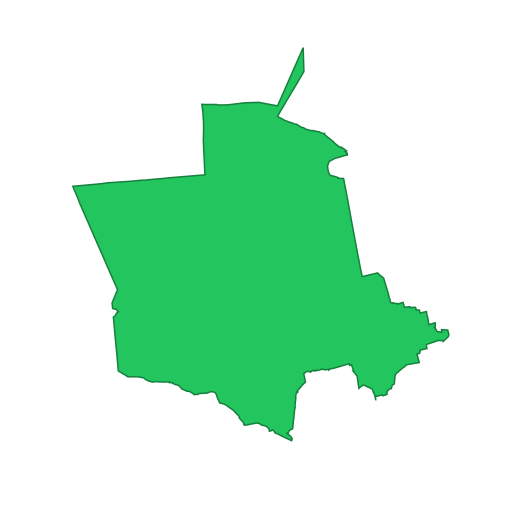 outline of Villa González Ortega, Zacatecas, Mexico, rotated 254°
{"feature_id": "50627088B17706394506285", "entity_name": "Villa González Ortega", "entity_type": "district", "adm_level": 2, "iso_a3": "MEX", "parent_name": "Mexico", "parent_adm1": "Zacatecas", "projection": "mercator", "projection_center": [-101.992, 22.544], "detail": "fine", "context": "isolated", "style": "filled", "palette": "green", "viewbox_px": 512, "rotation_deg": 254, "n_neighbors": 0, "source": "geoboundaries", "source_scale": "gbopen_adm2", "svg_char_len": 5992}
<svg xmlns="http://www.w3.org/2000/svg" viewBox="0 0 512 512"><g transform="rotate(254 256 256)"><path d="M250.7,104.8L249.8,104.5L248.8,104.4L247.0,104.1L245.0,103.7L244.4,104.9L243.7,105.9L243.3,107.3L242.0,107.3L240.4,108.3L240.0,107.7L239.9,107.0L239.2,105.7L238.1,104.9L237.2,104.0L236.7,102.1L234.2,101.6L212.3,97.4L201.1,95.4L183.9,92.0L183.1,92.2L180.9,94.4L179.2,95.8L177.9,97.3L176.5,98.4L175.3,99.4L174.3,102.4L173.8,104.7L172.9,107.3L172.1,110.2L171.3,111.4L169.8,114.5L167.6,115.9L166.2,117.5L165.0,119.0L163.7,121.0L163.0,123.1L162.8,125.2L162.3,126.7L161.7,128.0L161.2,130.0L160.3,132.3L159.6,135.1L159.0,138.0L158.1,137.8L157.3,140.9L156.5,140.7L155.9,141.9L155.3,142.2L154.3,143.6L153.6,145.2L151.9,146.5L149.6,147.8L148.9,147.8L146.3,150.9L144.9,152.5L144.8,153.4L144.2,154.5L142.9,156.0L141.9,156.9L140.5,157.8L139.7,158.5L139.4,160.6L138.9,162.2L139.5,163.1L139.3,163.9L139.0,165.8L138.5,167.5L137.7,171.1L137.9,173.2L138.1,174.6L137.1,177.7L136.0,179.0L134.2,179.6L132.3,179.8L130.7,179.7L129.4,179.8L127.8,180.2L126.4,180.4L125.2,180.5L124.5,180.8L124.1,181.4L123.7,182.5L123.4,182.9L122.9,183.8L122.0,184.9L121.0,186.0L119.4,187.3L117.6,188.6L115.7,190.3L114.3,191.5L112.4,192.5L110.9,193.2L109.8,193.8L106.3,195.7L105.1,195.2L102.2,196.5L100.2,197.6L98.9,198.1L97.7,197.9L96.6,198.1L96.3,199.3L96.1,201.2L95.9,203.1L95.8,204.5L95.8,206.1L95.4,208.0L95.3,208.9L95.4,209.9L95.3,210.4L94.4,212.0L94.1,213.1L92.3,214.4L91.3,215.5L91.0,216.9L90.2,217.8L89.7,218.7L87.9,220.1L86.1,220.8L83.8,220.6L83.9,222.6L84.3,223.9L83.2,224.8L81.5,225.4L81.3,225.5L80.7,225.5L77.6,229.5L77.2,229.6L72.6,234.8L68.7,239.2L69.7,239.9L69.6,240.1L70.2,240.3L70.8,240.4L73.2,239.6L74.9,238.5L75.6,237.8L76.6,237.0L77.3,237.2L76.8,238.1L79.2,240.1L79.7,243.5L80.1,243.7L80.9,244.1L81.8,244.4L86.0,246.1L86.9,246.3L88.5,247.1L90.1,247.8L93.5,249.1L95.0,249.8L97.1,250.5L97.6,250.8L98.8,251.4L99.7,252.0L100.8,252.0L101.8,252.4L102.9,253.0L105.0,253.6L106.9,254.6L109.0,255.2L111.2,255.9L112.3,256.5L113.1,257.1L113.4,258.4L113.9,258.8L114.2,258.6L114.6,258.2L114.8,258.6L116.1,260.4L116.8,261.5L118.0,263.5L118.9,264.3L119.6,265.9L120.3,267.1L120.6,267.9L121.0,268.5L121.3,268.8L129.7,269.5L131.0,272.7L130.4,275.1L129.3,276.4L129.6,277.0L129.9,277.3L130.5,279.1L129.8,279.4L130.0,280.6L129.1,281.0L129.5,281.8L129.8,282.5L129.0,283.0L129.0,283.6L129.0,284.8L128.9,285.8L128.9,286.5L129.1,287.4L129.2,287.8L128.7,288.1L128.6,288.4L128.7,288.8L128.7,289.1L128.5,289.5L128.1,290.4L127.7,290.5L127.6,291.1L127.1,293.3L127.1,294.7L126.3,294.6L127.0,296.2L126.7,299.4L126.7,300.4L126.7,315.9L125.0,315.9L125.0,316.8L125.2,317.8L123.0,317.9L120.4,318.1L118.9,318.2L118.9,317.5L112.6,320.1L100.4,318.4L101.2,320.0L101.7,321.0L101.8,322.0L102.5,323.3L101.5,324.9L100.1,326.3L99.0,327.8L98.1,328.7L96.8,330.1L96.2,331.1L92.6,331.2L90.7,331.7L88.0,331.6L87.9,331.8L85.3,331.4L85.1,331.5L85.3,331.6L87.9,332.0L87.7,339.1L86.6,339.5L86.7,341.5L86.9,343.9L89.4,344.4L90.8,346.6L91.2,347.6L91.4,348.4L91.2,349.5L94.1,351.2L94.6,352.3L94.7,353.4L95.0,353.8L95.9,354.1L99.0,355.3L100.5,355.9L102.3,356.6L103.7,357.6L104.6,359.0L105.3,360.8L106.0,361.8L106.7,363.4L107.5,365.2L108.3,367.1L108.6,368.5L109.8,370.5L109.9,371.0L109.1,379.0L108.6,383.6L110.6,383.6L115.2,383.7L117.0,383.6L117.4,383.7L117.4,383.8L117.4,386.5L117.5,386.6L118.3,387.1L119.3,387.6L120.3,387.7L119.9,394.8L121.8,394.9L123.2,395.1L123.8,395.3L124.0,395.4L124.2,401.9L124.2,402.0L124.5,406.5L124.4,408.6L124.2,408.9L123.3,411.8L122.8,412.5L122.3,412.4L123.5,414.8L124.7,417.0L125.2,418.0L125.5,418.6L126.1,419.2L127.3,419.7L129.3,419.9L129.6,419.9L130.1,419.8L131.0,419.7L131.5,419.8L131.8,420.0L132.2,419.3L134.1,414.0L131.5,413.6L133.5,409.3L133.6,409.1L135.4,408.8L136.4,408.6L138.0,407.9L138.0,408.5L139.4,408.6L139.3,409.0L140.3,409.2L141.5,409.8L142.5,409.7L142.4,405.1L142.3,403.2L143.5,403.4L145.5,403.6L147.1,403.8L147.8,403.9L149.0,404.0L151.4,404.1L152.2,404.1L154.2,404.3L155.6,404.5L156.0,397.9L159.0,398.2L159.9,395.1L162.0,395.3L162.8,395.0L163.6,391.7L164.2,389.8L164.9,389.8L165.8,384.5L170.8,384.6L170.9,381.7L170.7,381.7L170.8,378.6L171.4,378.7L172.7,374.9L173.1,375.1L173.9,372.6L174.2,372.5L175.4,372.6L177.4,372.7L178.8,372.6L181.4,372.7L182.8,372.8L199.6,372.6L203.6,369.7L206.2,368.3L206.9,352.4L216.6,353.1L224.0,353.8L231.1,354.4L240.8,355.3L251.0,356.3L255.4,356.7L285.7,359.7L302.8,361.2L304.3,361.4L305.6,361.5L306.4,361.5L307.6,357.6L308.0,356.6L308.4,356.9L309.1,356.1L311.3,352.8L312.4,350.5L313.7,349.4L315.2,348.9L318.5,348.9L322.7,349.5L326.7,352.4L328.1,358.8L328.1,361.2L328.0,364.5L328.2,366.7L328.1,368.4L328.0,369.8L327.9,370.7L327.8,371.6L328.6,371.7L329.0,371.8L329.5,372.0L330.1,371.6L330.7,371.6L331.8,370.4L331.9,371.1L332.1,372.0L334.1,370.5L335.7,369.1L337.1,368.1L337.1,367.9L336.7,367.4L339.6,364.9L343.5,362.2L343.6,362.3L344.4,362.0L345.0,361.6L345.9,360.9L346.8,360.4L347.3,359.9L348.2,359.3L349.3,358.7L349.8,358.2L350.4,357.6L351.4,357.1L352.1,356.6L353.7,355.4L355.0,355.7L354.9,354.6L355.8,353.6L357.0,351.9L358.0,350.9L359.1,348.5L359.8,347.2L360.3,346.4L360.7,345.7L361.0,345.1L361.2,344.1L361.9,342.7L362.1,342.1L362.5,341.5L363.0,340.8L363.4,339.9L364.0,339.3L364.6,338.4L365.3,338.0L366.3,336.8L367.1,335.5L367.7,334.6L369.7,332.9L371.0,331.8L371.7,330.9L371.9,330.4L372.3,329.1L373.6,328.0L375.0,325.7L376.8,323.2L378.5,321.0L384.2,315.2L386.5,317.4L387.9,318.9L388.6,319.5L388.9,319.9L391.1,322.2L391.6,322.9L394.2,325.6L396.9,328.3L399.3,330.9L400.6,332.3L401.6,333.4L403.9,335.7L405.0,337.0L420.1,352.9L443.3,358.8L394.4,318.1L403.0,300.8L406.4,287.2L407.6,279.5L409.2,270.0L410.9,263.7L411.8,260.8L412.5,259.9L413.8,255.4L415.6,249.2L416.7,245.8L408.4,244.5L403.4,243.4L397.7,242.1L393.0,240.8L381.2,237.1L348.1,229.3L355.3,193.1L356.3,187.3L357.9,179.1L359.5,170.5L360.7,165.4L362.0,158.1L365.5,141.6L367.2,133.9L368.2,127.0L369.2,121.6L373.5,99.1L367.4,99.8L361.6,100.6L355.1,101.1L261.7,113.6L250.7,104.8Z" fill="#22c55e" stroke="#15803d" stroke-width="1.5"/></g></svg>